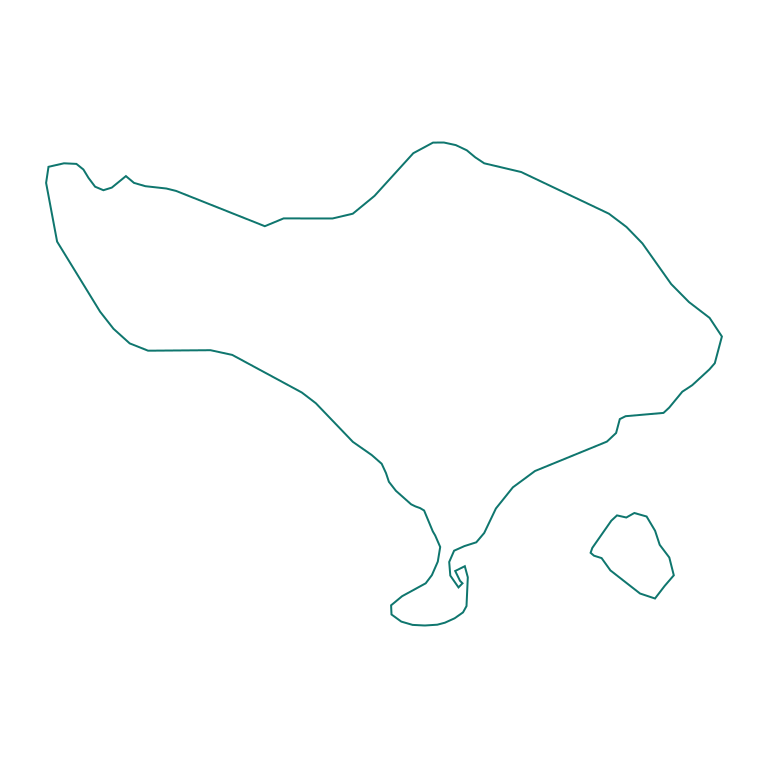 outline of Bali
{"feature_id": "IDN-1232", "entity_name": "Bali", "entity_type": "Province", "adm_level": 1, "iso_a3": "IDN", "parent_name": "Indonesia", "parent_adm1": "", "projection": "robinson", "projection_center": [115.184, -8.453], "detail": "fine", "context": "isolated", "style": "outline", "palette": "teal", "viewbox_px": 768, "rotation_deg": 0, "n_neighbors": 0, "source": "natural_earth", "source_scale": "10m", "svg_char_len": 1488}
<svg xmlns="http://www.w3.org/2000/svg" viewBox="0 0 768 768"><path d="M671.2,284.1L689.0,302.1L709.6,317.9L721.9,336.5L714.8,363.2L709.4,369.4L692.2,385.2L682.3,391.7L669.2,407.6L663.5,412.9L625.6,416.2L619.8,419.1L616.1,433.0L606.9,441.6L535.0,471.0L512.9,487.3L495.9,508.5L484.2,533.0L476.3,542.3L464.4,546.1L454.1,550.7L449.2,562.0L450.3,575.6L458.5,587.4L462.5,583.3L460.0,580.8L455.2,571.0L464.8,566.2L467.8,577.3L466.5,606.1L463.0,612.4L454.6,618.3L444.9,622.7L437.3,624.7L424.8,625.5L412.6,624.9L401.3,621.6L391.5,614.5L391.1,605.3L402.1,596.2L425.7,583.3L431.9,575.1L437.8,561.6L440.2,547.0L435.2,535.5L432.8,531.4L424.1,510.5L420.1,508.1L415.4,506.4L411.1,504.3L395.9,490.8L388.9,481.8L386.0,473.1L381.7,463.8L371.8,455.1L352.9,441.9L315.8,403.2L301.8,392.5L232.2,354.9L210.5,350.2L148.1,350.7L129.7,343.4L113.5,328.8L100.1,311.7L57.1,241.6L46.1,182.9L48.5,166.8L64.0,163.3L76.4,163.9L83.4,169.5L88.5,177.9L95.1,186.7L103.4,190.2L111.8,187.6L125.9,176.1L134.0,182.9L145.4,186.2L166.3,188.5L176.0,190.9L264.8,226.2L283.6,218.4L332.4,218.5L352.8,213.7L374.5,195.9L413.3,153.2L433.0,142.6L443.8,142.5L455.8,145.1L466.8,150.3L475.2,157.3L484.2,163.3L521.1,172.0L608.9,213.7L626.5,227.0L642.4,243.4L671.2,284.1ZM634.3,513.0L646.6,516.5L655.1,530.8L659.7,544.8L669.3,557.5L673.8,575.3L664.6,586.0L655.0,598.5L640.0,593.5L610.4,570.4L601.6,558.1L594.0,555.7L590.6,552.8L592.3,547.9L611.3,520.7L617.0,515.4L626.3,517.5L634.3,513.0Z" fill="none" stroke="#0f766e" stroke-width="2"/></svg>